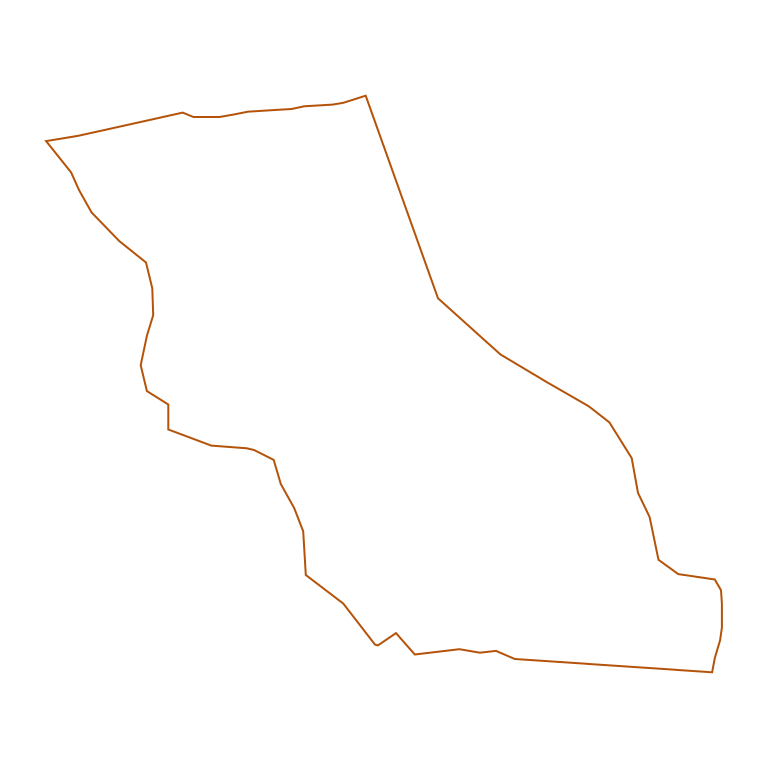 Dalat, Sarawak, Malaysia
{"feature_id": "92858781B41279548929635", "entity_name": "Dalat", "entity_type": "district", "adm_level": 2, "iso_a3": "MYS", "parent_name": "Malaysia", "parent_adm1": "Sarawak", "projection": "albers", "projection_center": [111.988, 2.703], "detail": "fine", "context": "isolated", "style": "outline", "palette": "amber", "viewbox_px": 768, "rotation_deg": 0, "n_neighbors": 0, "source": "geoboundaries", "source_scale": "gbopen_adm2", "svg_char_len": 888}
<svg xmlns="http://www.w3.org/2000/svg" viewBox="0 0 768 768"><path d="M377.9,645.4L396.0,633.1L414.8,654.5L459.4,649.2L479.9,652.7L496.0,650.9L514.8,659.0L712.1,672.3L714.8,658.1L720.1,640.2L721.9,627.7L721.9,616.1L721.9,603.6L721.0,590.2L714.8,579.5L678.2,574.1L658.5,559.8L649.6,517.0L638.0,492.9L631.7,458.1L609.4,422.4L588.8,406.3L546.9,382.2L500.5,354.5L438.0,298.3L365.7,95.7L365.3,95.8L343.3,102.8L332.6,104.6L304.1,106.3L291.6,109.0L276.4,109.9L262.1,110.8L247.8,111.7L234.4,114.4L219.3,117.0L204.1,117.0L193.4,117.0L182.7,112.6L78.2,135.8L46.1,141.1L71.1,172.4L79.1,190.2L91.6,212.5L119.3,241.1L146.0,262.5L152.3,288.4L153.2,315.2L146.9,335.8L140.7,365.2L146.9,391.1L168.3,404.5L168.3,429.5L211.2,445.6L246.9,448.3L254.0,450.0L273.7,459.9L280.8,484.0L294.2,508.1L303.2,531.3L305.8,575.0L343.3,603.6L375.0,644.6L377.9,645.4Z" fill="none" stroke="#b45309" stroke-width="2"/></svg>